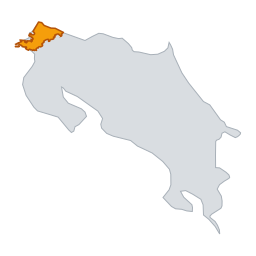 La Cruz, Guanacaste, Costa Rica (highlighted)
{"feature_id": "36466004B52146458356886", "entity_name": "La Cruz", "entity_type": "district", "adm_level": 2, "iso_a3": "CRI", "parent_name": "Costa Rica", "parent_adm1": "Guanacaste", "projection": "mercator", "projection_center": [-85.604, 11.009], "detail": "fine", "context": "in_parent", "style": "filled", "palette": "amber", "viewbox_px": 256, "rotation_deg": 0, "n_neighbors": 0, "source": "geoboundaries", "source_scale": "gbopen_adm2", "svg_char_len": 5688}
<svg xmlns="http://www.w3.org/2000/svg" viewBox="0 0 256 256"><path d="M240.6,132.8L240.3,134.1L239.1,135.4L237.5,136.7L235.3,137.6L230.0,134.9L224.9,131.8L222.0,133.2L221.0,137.2L219.0,139.3L216.7,140.1L215.7,141.4L215.5,154.9L215.6,167.6L219.6,167.9L226.1,172.3L228.9,174.9L229.7,177.3L228.9,178.4L224.2,181.2L219.5,184.7L217.2,189.1L221.3,196.1L222.1,200.9L222.0,205.9L220.9,208.3L211.8,214.1L209.9,216.1L210.1,217.5L215.1,221.5L217.5,225.3L219.4,230.0L219.7,234.0L215.2,226.5L208.9,219.4L203.5,215.0L203.1,204.8L200.9,199.3L192.7,194.2L185.7,190.6L180.5,191.3L183.7,197.2L191.9,204.7L192.5,207.6L192.3,211.5L186.7,210.9L181.7,209.3L175.6,208.8L171.5,206.5L163.0,197.5L169.1,189.8L170.9,184.8L170.8,174.3L169.4,169.2L162.8,161.5L152.2,153.0L137.5,146.1L130.6,140.5L113.3,136.2L106.7,133.4L101.6,128.1L100.8,124.3L102.6,118.5L97.9,111.1L77.3,96.5L65.8,91.2L63.3,88.0L61.5,87.0L63.3,97.1L68.3,103.2L81.4,108.8L85.0,112.1L86.5,116.4L78.9,124.6L75.0,126.7L73.8,131.1L71.4,132.5L68.7,129.9L58.1,117.1L37.5,110.9L33.8,107.1L26.1,95.4L22.6,84.6L23.8,77.5L32.3,66.3L34.9,61.5L34.4,58.5L34.7,54.1L31.5,51.0L23.7,47.0L18.7,43.8L20.1,42.2L29.0,37.8L29.6,33.9L29.6,32.6L31.0,32.4L32.3,31.3L33.1,30.3L35.6,26.5L37.7,24.4L40.2,24.0L43.2,25.6L54.5,29.6L67.1,34.1L85.0,40.5L92.4,36.4L98.8,33.3L103.2,33.8L112.9,37.4L118.6,38.6L122.2,38.2L128.4,43.6L131.7,47.6L132.3,50.2L134.1,51.7L138.9,52.0L150.7,54.7L157.8,54.2L164.4,51.3L167.9,47.9L169.1,42.4L170.7,45.1L172.6,49.3L173.5,54.8L181.9,72.9L188.7,83.1L203.4,101.5L209.8,104.9L220.5,119.8L224.3,122.2L226.4,126.6L237.5,130.2L240.6,132.8Z" fill="#d9dde1" stroke="#a8b0b8" stroke-width="1"/><path d="M63.4,32.6L63.8,32.6L55.2,28.3L50.9,28.1L44.2,25.5L41.7,22.6L40.8,22.5L40.4,22.4L39.2,22.1L38.5,22.1L33.0,31.5L33.4,31.8L33.5,32.0L34.2,32.4L34.4,32.7L34.4,33.0L34.6,33.3L34.5,33.6L34.5,34.0L34.2,34.4L33.3,34.9L33.0,34.9L32.7,34.8L31.9,34.7L31.7,34.8L31.4,34.7L31.4,34.4L31.1,33.7L30.8,33.5L30.5,33.5L30.1,33.6L29.7,33.9L29.8,34.0L30.1,34.3L30.1,34.6L29.8,34.6L29.5,34.5L29.4,34.6L29.3,34.9L29.1,34.9L28.9,35.2L28.9,35.5L29.1,35.8L29.4,36.0L30.0,36.3L30.4,36.5L30.6,36.5L31.7,37.1L31.9,37.2L31.8,37.3L31.7,37.4L31.9,37.5L32.1,37.7L32.4,37.9L32.8,38.1L33.0,38.4L33.0,38.7L33.1,38.9L33.1,39.0L32.7,39.1L32.2,39.2L32.0,39.6L31.5,39.6L31.1,39.5L31.3,40.1L31.7,40.3L32.3,40.4L32.2,41.0L31.8,41.0L31.7,41.1L31.4,41.4L31.4,41.7L31.3,41.8L31.2,41.7L31.3,41.5L31.3,41.4L31.2,41.2L30.9,41.0L30.6,41.0L30.4,41.0L30.3,40.9L29.9,40.9L29.6,40.9L29.2,40.9L28.8,40.9L28.2,40.9L28.1,41.0L27.9,40.9L27.8,41.0L27.6,40.8L27.2,40.9L27.2,41.1L26.9,40.9L26.7,41.0L26.5,41.3L26.2,41.3L26.0,41.2L25.9,41.4L25.9,41.6L26.4,42.0L26.6,42.4L26.7,42.6L26.4,42.8L26.2,42.8L25.6,42.5L25.4,42.4L25.2,42.2L24.9,42.2L24.7,41.6L25.0,41.5L25.2,41.3L25.2,41.0L25.0,40.6L24.6,40.4L24.3,40.4L23.8,40.4L23.2,40.3L22.4,40.3L22.1,40.2L20.6,40.1L20.2,40.1L20.3,40.5L20.6,40.6L21.1,40.8L21.4,40.9L21.6,41.0L21.7,41.3L21.6,41.6L21.3,41.7L21.1,41.9L20.4,42.0L19.1,42.7L18.5,42.7L18.0,43.1L17.3,43.3L16.8,43.7L16.2,44.0L15.9,44.1L15.7,44.2L15.8,44.3L16.1,44.3L16.5,44.2L17.1,44.0L17.6,44.0L17.9,43.9L18.1,43.8L18.8,44.1L19.1,44.4L19.6,44.5L20.5,45.0L21.1,45.2L21.5,45.4L21.8,45.7L22.0,46.1L22.2,46.6L22.3,46.7L22.5,46.6L23.0,46.6L23.6,46.9L23.9,46.8L24.3,46.9L24.8,47.0L25.4,47.0L25.8,47.0L25.9,46.8L26.0,46.8L26.3,47.0L26.5,47.2L26.5,47.6L26.4,47.8L26.1,47.8L25.7,48.2L25.6,48.4L25.8,48.6L25.9,48.8L26.2,49.0L26.3,49.2L26.5,49.4L27.5,49.6L28.0,50.1L28.5,50.2L28.7,49.8L28.9,49.6L29.5,49.2L29.8,49.2L30.6,49.6L30.9,49.8L31.3,49.7L31.5,49.9L31.8,50.0L32.3,50.0L32.5,50.1L32.6,50.4L32.9,50.4L33.4,50.2L33.6,50.2L33.9,49.8L34.1,50.0L34.6,50.4L34.8,50.2L35.1,50.1L35.7,50.2L35.9,50.3L36.3,50.4L36.5,50.2L36.4,49.9L36.2,49.6L36.1,49.0L36.3,48.7L36.6,48.6L37.2,47.9L37.4,47.8L37.6,47.7L37.8,47.9L38.1,48.0L38.3,47.5L38.5,47.1L39.1,46.7L39.6,46.7L39.8,46.7L40.2,46.9L40.3,46.9L40.7,46.8L40.9,46.6L41.0,46.5L41.3,46.4L41.5,46.5L41.7,46.3L42.0,46.2L42.3,46.0L42.3,45.8L42.5,45.7L42.6,45.4L42.6,45.0L42.5,44.9L42.4,44.4L42.2,44.2L42.0,43.9L41.9,43.9L42.0,43.6L42.3,43.4L42.6,43.3L42.8,43.2L43.0,43.0L43.1,42.9L43.4,42.6L43.5,42.6L43.7,42.4L43.9,42.2L44.1,42.0L44.1,41.8L43.8,41.7L44.0,41.4L44.0,41.2L44.0,40.9L44.3,40.7L44.9,40.4L45.1,40.2L45.4,40.2L45.5,40.1L46.1,39.7L46.4,39.7L46.5,39.6L46.9,39.6L47.7,39.3L48.0,39.3L48.2,39.5L48.5,39.5L48.5,40.1L48.6,40.5L48.5,41.0L48.6,41.3L48.8,41.4L49.2,41.3L49.1,41.2L49.4,40.8L49.5,40.6L50.0,40.3L50.3,39.8L50.6,39.7L50.8,39.5L50.9,39.4L51.0,39.3L51.6,39.4L51.8,39.4L52.1,39.4L52.4,39.3L52.6,39.1L52.9,39.2L53.1,39.1L53.6,38.9L53.7,38.7L53.9,38.3L53.8,38.1L53.7,37.8L53.8,37.8L53.8,37.7L53.9,37.3L53.9,37.2L54.0,37.2L53.9,37.1L54.1,37.0L54.4,37.1L54.5,37.0L54.6,36.9L54.5,36.6L54.6,36.2L54.7,36.4L54.8,36.4L54.8,36.2L55.0,36.1L54.9,35.9L55.1,35.6L55.3,35.3L55.3,35.2L55.5,35.1L55.3,35.0L55.3,34.9L55.5,34.7L55.9,34.5L56.0,34.5L56.4,34.4L56.5,34.5L56.7,34.4L56.8,34.4L56.9,34.2L57.0,34.1L57.3,34.0L57.5,34.0L58.2,34.0L58.3,34.0L58.5,34.2L58.6,34.3L58.8,34.3L58.8,34.5L59.2,34.7L59.2,34.8L59.4,35.0L59.6,35.2L59.7,35.3L59.8,35.3L60.0,35.2L60.3,35.4L60.5,35.6L60.6,35.8L60.8,35.9L61.2,35.8L61.1,36.0L61.3,35.9L61.5,36.0L61.8,35.5L61.8,35.3L61.7,35.1L61.8,34.5L61.6,34.5L61.6,34.2L61.5,33.9L62.0,33.9L62.1,33.6L62.3,33.5L62.3,33.2L62.4,32.8L62.5,32.7L62.8,32.6L62.9,32.4L63.1,32.5L63.3,32.5L63.3,32.4L63.4,32.6L63.4,32.6ZM18.5,46.2L18.4,45.9L18.0,46.0L17.9,46.1L17.8,46.3L17.6,46.3L17.3,46.5L17.4,46.8L17.8,46.8L18.0,46.6L18.1,46.8L18.5,46.8L18.8,46.7L19.0,46.6L19.4,46.4L19.4,46.2L18.7,46.1L18.5,46.2ZM16.4,46.2L16.2,46.3L15.5,46.3L15.4,46.5L15.5,46.7L15.9,46.8L16.2,46.8L16.6,46.6L16.8,46.6L16.8,46.4L16.4,46.2Z" fill="#f59e0b" stroke="#b45309" stroke-width="1.5"/></svg>